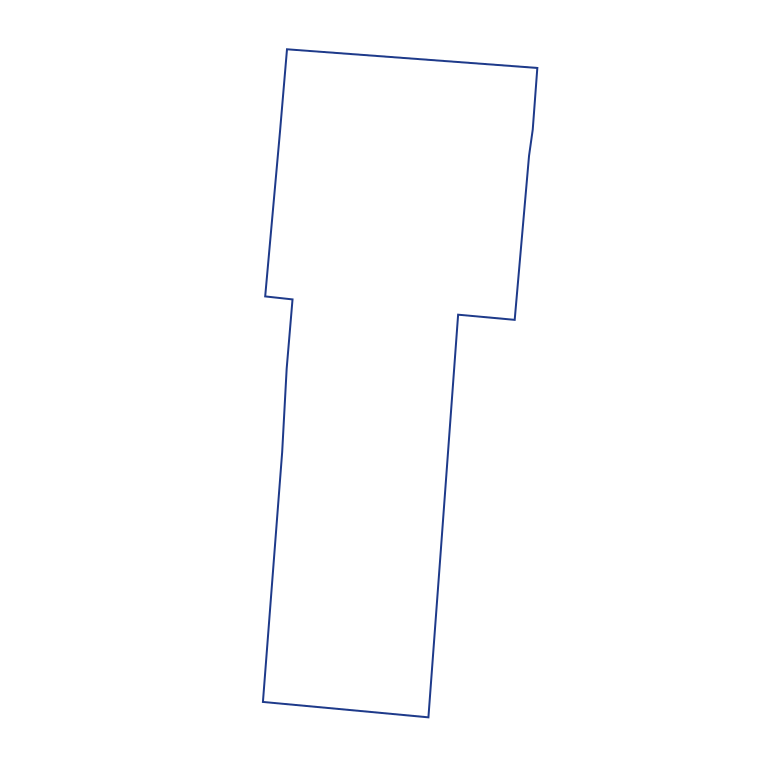 outline of Mille Lacs, Minnesota, United States of America, rotated 5°
{"feature_id": "52423323B96230110326853", "entity_name": "Mille Lacs", "entity_type": "district", "adm_level": 2, "iso_a3": "USA", "parent_name": "United States of America", "parent_adm1": "Minnesota", "projection": "orthographic", "projection_center": [-93.624, 45.903], "detail": "fine", "context": "isolated", "style": "outline", "palette": "blue", "viewbox_px": 768, "rotation_deg": 5, "n_neighbors": 0, "source": "geoboundaries", "source_scale": "gbopen_adm2", "svg_char_len": 353}
<svg xmlns="http://www.w3.org/2000/svg" viewBox="0 0 768 768"><g transform="rotate(5 384 384)"><path d="M508.6,144.0L510.0,117.6L509.2,55.8L267.8,58.9L258.2,59.0L258.4,141.6L258.0,307.1L285.5,307.7L285.7,377.2L288.5,460.8L291.1,711.3L457.3,712.2L455.1,544.7L451.8,308.5L508.6,308.7L508.6,144.0Z" fill="none" stroke="#1e3a8a" stroke-width="2"/></g></svg>